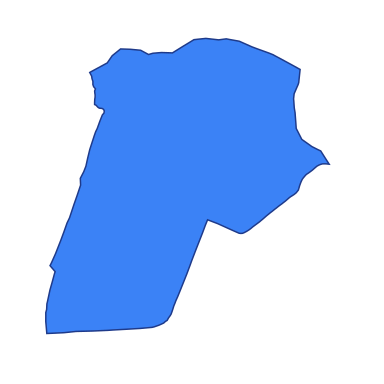 outline of Shubra Al-Khayma 2, Al Qalyubiyah, Egypt, rotated 6°
{"feature_id": "37247803B84983151070332", "entity_name": "Shubra Al-Khayma 2", "entity_type": "district", "adm_level": 2, "iso_a3": "EGY", "parent_name": "Egypt", "parent_adm1": "Al Qalyubiyah", "projection": "robinson", "projection_center": [31.287, 30.135], "detail": "fine", "context": "isolated", "style": "filled", "palette": "blue", "viewbox_px": 384, "rotation_deg": 6, "n_neighbors": 0, "source": "geoboundaries", "source_scale": "gbopen_adm2", "svg_char_len": 2463}
<svg xmlns="http://www.w3.org/2000/svg" viewBox="0 0 384 384"><g transform="rotate(6 192 192)"><path d="M325.5,150.0L321.0,144.4L318.0,140.6L315.7,137.7L312.8,136.7L306.5,134.3L304.4,133.1L300.3,130.8L295.7,128.2L291.8,122.2L289.0,117.9L288.0,112.2L286.7,105.1L286.2,102.3L284.9,97.6L283.7,90.7L283.3,88.8L283.3,83.6L285.5,76.6L286.3,74.1L286.7,72.1L286.7,66.5L286.7,63.5L286.7,58.8L285.0,58.1L277.2,54.8L270.9,52.2L259.9,47.7L258.3,47.0L254.1,45.8L241.9,42.8L236.5,41.4L223.2,37.1L213.5,36.4L210.1,36.1L202.6,37.9L189.7,37.8L182.6,39.3L178.0,40.3L173.3,43.9L167.9,48.0L158.0,55.7L147.0,56.5L141.7,57.5L138.6,58.1L134.4,59.8L126.1,56.4L116.0,56.5L114.4,56.6L106.0,57.2L98.4,64.8L94.2,72.5L79.2,82.8L77.8,83.8L80.1,87.3L80.7,89.7L81.9,92.4L82.2,95.5L83.2,97.6L85.2,99.5L84.6,101.7L85.0,103.7L85.5,105.6L85.7,107.8L85.6,110.1L85.7,111.9L85.8,113.5L86.0,115.2L87.5,115.7L89.5,117.5L91.0,118.3L93.8,118.3L95.3,119.0L96.3,120.5L96.2,122.7L94.8,124.7L93.0,131.1L91.1,138.8L89.9,142.1L89.0,145.8L85.9,160.4L84.7,169.3L83.8,177.4L82.2,183.2L79.5,190.1L80.5,196.8L78.2,207.1L75.9,216.8L72.9,230.5L71.0,235.8L68.8,245.0L66.5,254.0L62.7,267.7L60.0,276.0L59.6,277.2L58.5,280.1L64.2,285.5L63.7,288.0L62.4,296.1L61.0,304.2L59.7,316.2L59.4,318.4L59.7,324.0L59.2,327.2L59.6,330.9L60.1,336.0L62.4,347.9L69.0,346.9L79.4,345.3L91.2,342.8L108.0,340.6L114.0,339.7L122.7,338.4L127.8,337.5L140.8,335.4L154.7,333.1L166.4,330.8L168.4,330.1L172.9,328.0L175.0,326.8L177.5,325.3L177.9,324.9L179.1,323.5L180.7,322.3L181.7,320.0L181.7,319.9L183.2,317.3L184.0,315.6L184.7,312.7L185.2,310.4L185.8,307.3L186.8,303.9L187.2,302.2L188.7,297.6L190.5,291.4L193.0,282.6L195.4,274.1L197.7,265.2L198.9,260.3L201.6,250.2L206.7,231.7L208.8,223.5L210.4,218.0L220.9,220.8L236.6,226.0L239.7,227.0L243.2,228.1L244.5,228.1L244.9,228.1L246.6,227.8L248.1,227.0L250.5,225.4L252.9,223.5L254.4,222.1L255.9,220.5L257.3,219.2L258.7,217.9L259.8,216.9L262.3,214.6L263.6,213.2L264.9,211.9L266.4,210.3L268.5,208.0L272.1,204.4L273.9,202.7L276.3,200.3L277.4,199.3L279.5,197.2L280.9,195.9L282.8,194.2L283.9,193.1L285.8,191.3L288.5,188.4L288.9,188.0L289.3,187.5L290.9,186.1L292.2,185.1L293.9,183.7L295.7,181.9L297.6,178.9L298.1,176.1L298.4,174.3L299.3,170.8L300.3,167.9L301.3,166.2L302.4,164.6L303.2,163.4L304.2,162.3L305.8,161.0L307.8,159.2L309.5,157.6L311.7,155.2L313.5,153.3L315.2,152.1L317.0,151.1L318.8,150.4L321.0,150.1L322.3,150.0L325.3,150.0L325.5,150.0Z" fill="#3b82f6" stroke="#1e3a8a" stroke-width="1.5"/></g></svg>